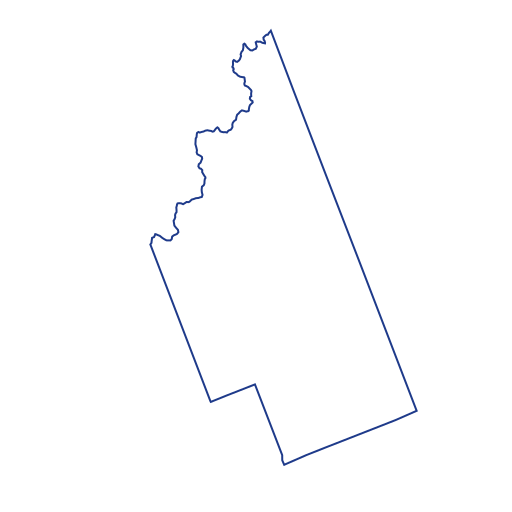 the district of Glacier, Montana, United States of America, rotated 69°
{"feature_id": "52423323B15863349555914", "entity_name": "Glacier", "entity_type": "district", "adm_level": 2, "iso_a3": "USA", "parent_name": "United States of America", "parent_adm1": "Montana", "projection": "robinson", "projection_center": [-113.626, 48.654], "detail": "fine", "context": "isolated", "style": "outline", "palette": "blue", "viewbox_px": 512, "rotation_deg": 69, "n_neighbors": 0, "source": "geoboundaries", "source_scale": "gbopen_adm2", "svg_char_len": 2800}
<svg xmlns="http://www.w3.org/2000/svg" viewBox="0 0 512 512"><g transform="rotate(69 256 256)"><path d="M207.4,350.5L374.9,350.6L376.0,350.5L375.7,332.6L375.5,303.0L451.3,302.9L456.1,304.7L461.0,304.5L459.9,280.1L459.7,260.3L459.2,184.7L458.1,161.5L411.0,161.5L376.6,161.5L335.3,161.5L300.3,161.5L257.9,161.6L205.5,161.7L172.8,161.7L115.7,161.7L51.0,161.4L51.4,162.0L52.3,163.9L53.7,165.7L53.2,166.9L53.7,168.5L54.7,170.8L56.7,171.3L58.4,170.9L60.1,171.1L60.7,171.4L59.3,173.6L57.4,175.2L56.7,177.4L56.0,178.2L56.4,179.7L57.9,179.9L60.8,180.2L62.5,182.0L62.4,183.6L62.8,185.8L61.9,187.5L58.8,189.2L56.0,190.1L54.7,190.1L53.6,190.8L54.0,192.0L56.9,193.1L59.3,194.6L60.2,196.3L62.2,198.1L64.0,198.3L65.1,199.3L66.5,200.5L67.4,201.9L68.0,204.0L67.1,205.3L65.7,205.9L65.1,206.5L65.6,207.4L66.6,208.0L68.7,208.7L70.2,209.5L70.9,210.3L71.7,210.3L72.1,209.8L73.5,209.8L74.3,210.7L76.2,210.8L77.5,210.0L78.8,209.0L81.0,208.2L82.9,206.6L84.3,204.3L84.8,203.2L85.5,202.9L86.7,203.2L89.2,203.8L90.6,205.0L91.9,205.4L93.0,205.2L93.8,204.2L95.4,202.8L97.3,202.0L99.2,201.2L100.4,201.1L102.7,202.4L105.2,203.2L105.4,204.5L107.0,205.4L108.8,204.9L110.1,203.8L111.5,204.1L112.3,206.0L113.0,207.6L114.5,208.9L116.5,210.1L117.7,210.6L118.0,211.5L117.8,212.3L117.7,213.4L116.0,215.5L115.0,217.0L115.5,218.8L116.0,219.9L116.7,221.1L117.3,222.9L119.1,224.4L121.6,225.8L122.2,228.1L123.3,229.9L124.8,231.0L127.1,231.7L128.3,233.0L129.1,234.4L129.0,236.1L129.3,237.2L130.3,238.9L129.3,240.4L128.9,241.8L128.0,243.3L126.9,244.6L124.3,245.2L123.4,245.2L122.1,245.9L122.2,246.5L122.8,248.0L123.9,249.7L124.5,250.8L124.3,252.1L123.2,253.0L122.2,254.8L121.2,256.3L120.8,258.4L121.0,260.3L120.7,262.3L120.6,264.3L119.6,265.3L119.9,266.8L121.0,267.6L122.5,268.3L123.8,269.0L124.6,270.1L126.1,270.8L127.7,271.5L129.9,272.5L133.1,272.8L136.1,273.2L138.0,274.3L140.0,274.3L141.6,272.9L142.7,271.9L144.2,271.0L145.9,271.4L147.1,272.6L149.0,274.3L149.8,276.5L151.7,277.7L153.9,277.3L154.8,276.1L156.6,275.4L158.4,276.2L160.3,275.9L163.0,275.4L164.3,275.0L165.3,275.4L165.8,276.2L167.6,277.2L169.9,278.2L171.2,279.4L171.9,281.6L174.6,283.0L177.0,283.7L179.8,284.0L181.5,285.5L181.2,287.1L181.2,288.9L180.5,291.4L180.5,293.6L180.3,295.8L181.4,298.4L181.6,299.5L180.7,301.5L181.1,303.3L181.5,305.5L180.0,307.0L179.1,309.0L178.8,310.4L179.6,311.3L180.7,311.9L182.1,313.0L183.5,313.4L185.1,313.9L186.6,314.5L187.5,315.9L188.8,316.9L190.9,317.5L192.4,318.8L193.6,320.3L196.0,320.8L198.4,321.3L201.0,320.5L203.6,319.5L205.9,319.9L207.0,321.6L207.2,323.1L207.2,325.2L207.8,327.3L210.0,328.6L210.8,330.3L210.2,331.8L209.3,334.0L207.3,335.7L205.5,337.0L202.7,338.6L201.1,340.4L200.2,341.2L199.5,342.2L200.2,342.8L201.8,344.4L201.8,346.5L203.8,347.6L205.8,348.7L206.2,348.8L207.4,350.5Z" fill="none" stroke="#1e3a8a" stroke-width="2"/></g></svg>